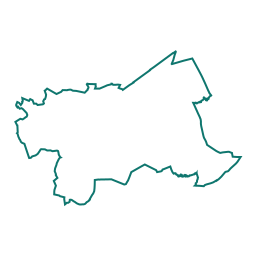 Penkules pag., Dobele, Latvia
{"feature_id": "27541924B17832608413476", "entity_name": "Penkules pag.", "entity_type": "district", "adm_level": 2, "iso_a3": "LVA", "parent_name": "Latvia", "parent_adm1": "Dobele", "projection": "orthographic", "projection_center": [23.225, 56.49], "detail": "fine", "context": "isolated", "style": "outline", "palette": "teal", "viewbox_px": 256, "rotation_deg": 0, "n_neighbors": 0, "source": "geoboundaries", "source_scale": "gbopen_adm2", "svg_char_len": 5353}
<svg xmlns="http://www.w3.org/2000/svg" viewBox="0 0 256 256"><path d="M175.6,51.5L173.1,53.2L172.9,53.1L154.7,66.5L152.6,68.0L150.8,69.2L150.0,69.8L150.1,70.1L133.3,82.3L133.5,82.6L129.3,85.2L122.8,89.9L122.3,89.2L119.7,88.4L118.6,87.9L119.3,86.6L120.1,84.9L118.0,84.6L115.4,84.8L113.1,84.8L113.0,84.7L112.0,83.7L111.5,83.7L111.5,84.0L111.3,84.3L107.2,85.3L105.7,86.0L99.6,88.6L95.0,88.6L95.8,86.4L95.6,86.1L95.6,84.1L92.8,84.1L88.9,84.0L87.3,83.7L86.8,84.3L87.0,84.8L88.2,86.5L88.5,87.7L87.6,89.2L87.7,89.7L86.6,90.7L86.6,90.8L84.7,92.7L82.4,92.2L76.2,90.9L72.9,90.7L70.9,89.7L69.4,89.7L67.5,90.0L67.2,90.2L62.6,90.1L61.2,91.8L56.5,94.0L47.1,88.6L46.5,89.1L45.9,89.9L44.7,90.7L46.1,94.7L45.8,96.8L45.1,99.0L44.1,99.4L43.5,100.8L43.2,101.2L43.9,103.5L42.9,104.3L37.6,105.0L36.3,103.7L33.9,103.7L32.6,100.3L30.2,99.1L29.0,100.9L22.3,98.1L22.8,101.0L22.1,101.7L22.4,102.7L20.8,105.0L19.6,103.4L19.2,102.9L17.3,102.0L16.2,104.7L16.2,105.1L16.2,105.5L16.6,106.3L17.4,107.4L18.0,106.7L19.7,108.7L21.6,108.2L22.9,109.1L26.6,113.0L27.3,115.0L26.8,116.4L26.6,116.7L25.5,117.3L24.3,118.3L22.6,119.4L20.3,118.8L15.4,121.9L16.8,124.7L17.2,125.7L17.4,125.7L17.7,132.0L17.7,132.4L17.0,133.2L17.5,133.6L18.0,135.2L18.3,136.5L19.2,138.4L19.2,138.5L19.5,139.2L19.8,139.5L20.0,139.7L20.9,141.8L22.0,142.8L24.4,143.8L28.9,157.3L29.0,157.3L29.2,158.0L30.3,157.9L31.0,157.7L32.2,156.4L35.6,155.4L37.7,153.9L39.5,151.3L40.7,149.4L41.3,149.2L43.7,149.3L44.8,149.3L47.2,150.5L50.5,150.4L52.5,151.2L57.0,150.6L58.0,151.0L58.2,151.5L58.6,153.4L58.7,154.3L58.9,154.9L60.1,157.0L60.6,157.4L60.2,157.5L59.6,158.0L58.7,159.3L58.3,160.1L56.8,163.2L56.4,165.0L55.1,168.4L54.7,171.2L55.8,173.8L56.0,174.9L55.8,175.1L57.4,177.9L53.8,180.9L55.9,185.7L54.5,189.7L54.3,191.2L54.2,194.4L59.2,195.5L60.0,196.2L64.4,197.3L64.2,199.0L65.0,204.4L65.4,204.1L66.7,202.8L68.1,202.8L69.6,201.8L69.8,199.8L70.4,199.7L71.3,199.8L72.0,200.1L73.5,201.2L74.8,201.9L75.6,202.5L77.1,203.5L79.3,204.4L80.7,204.5L82.7,204.3L83.8,204.3L84.8,204.0L85.6,203.4L86.6,202.2L87.0,202.0L88.0,201.4L88.5,201.0L89.4,199.9L89.6,199.7L89.7,199.8L89.9,199.5L89.7,199.2L92.1,195.0L93.2,193.5L94.2,191.2L94.5,188.4L94.7,185.0L94.8,180.0L98.4,179.5L99.7,179.6L100.5,179.5L107.3,179.4L111.4,179.3L113.1,180.0L124.2,184.5L124.3,184.5L125.9,184.1L127.3,181.6L128.0,180.6L129.3,177.4L131.3,172.1L140.1,167.1L141.7,166.2L144.8,164.5L156.2,170.2L157.1,172.1L160.7,171.4L160.9,171.4L161.8,170.9L162.6,169.5L162.9,169.5L163.1,169.4L170.3,166.5L171.3,169.5L172.2,171.5L172.6,172.3L173.5,173.5L173.8,173.7L174.2,173.4L174.7,173.2L175.1,173.2L175.6,173.3L175.8,173.6L175.9,174.1L176.1,174.4L176.4,174.6L176.8,174.6L177.0,174.9L177.4,175.0L177.6,175.3L178.0,176.0L178.4,176.5L178.6,176.5L178.9,176.3L179.0,175.9L179.5,176.3L179.9,176.2L180.4,176.1L180.6,176.0L180.7,175.8L180.3,175.5L180.2,175.3L180.3,175.0L180.8,174.9L180.9,175.0L181.0,175.3L181.2,175.2L181.3,174.7L181.6,174.7L181.9,175.0L182.1,175.5L181.9,175.7L181.8,176.1L181.8,176.4L181.9,176.5L182.2,176.5L182.5,176.3L182.6,176.1L182.5,175.9L182.8,176.1L182.9,176.3L182.9,176.5L183.0,176.6L183.9,176.1L184.3,175.7L184.6,175.6L184.5,175.3L184.5,175.2L185.1,175.3L185.2,175.0L185.6,175.1L185.6,175.3L185.6,175.5L185.8,175.4L186.0,175.2L186.1,175.3L185.9,175.7L185.5,175.9L185.4,176.2L185.3,176.3L185.4,176.5L185.8,176.3L186.4,176.2L186.6,176.4L187.3,176.0L187.6,176.5L188.0,176.5L188.2,176.4L188.4,176.2L189.0,176.2L189.2,175.9L189.7,175.7L189.7,175.4L189.9,175.3L190.2,175.4L190.9,175.4L191.3,175.1L192.0,175.0L192.8,174.7L193.4,174.5L193.6,174.3L194.2,174.4L194.6,174.0L195.1,173.9L195.0,173.6L195.0,173.4L195.4,173.3L195.7,173.4L195.7,173.2L195.9,173.0L196.2,173.1L196.2,173.6L196.3,173.7L196.6,173.2L196.6,173.3L198.0,177.7L197.7,178.2L197.7,178.9L197.5,179.5L197.1,180.3L197.0,180.9L197.0,181.7L196.8,182.2L196.3,182.8L195.7,183.3L195.9,184.6L194.9,185.6L196.0,185.7L199.3,185.8L203.8,186.2L204.8,185.1L205.5,184.8L206.6,184.4L210.6,183.3L213.1,182.4L214.7,181.5L216.6,180.3L216.7,180.6L218.0,179.7L218.9,179.0L221.4,176.6L225.2,172.1L225.7,171.8L227.8,171.3L228.3,171.0L229.5,169.7L230.2,168.8L231.7,167.4L235.9,163.6L237.3,162.0L237.8,161.3L240.6,157.0L237.2,157.0L232.7,156.7L232.0,153.3L232.0,153.0L229.0,151.8L228.0,151.8L222.7,152.4L220.3,152.9L219.9,152.8L217.6,151.7L216.3,151.0L207.1,144.9L206.2,142.1L205.5,140.5L204.1,138.0L203.7,136.9L203.4,135.8L201.2,126.0L200.9,123.9L200.9,121.2L200.6,119.2L199.9,117.6L199.9,117.4L198.1,113.6L194.2,104.9L193.2,102.8L193.4,102.8L194.1,103.4L194.5,103.5L195.0,102.8L195.1,102.7L195.9,102.7L196.0,102.8L196.2,103.2L196.5,103.4L196.9,103.4L197.5,102.8L199.0,102.4L199.1,102.0L199.5,101.8L199.8,101.9L200.0,102.3L201.0,102.1L201.1,101.2L201.3,100.8L201.6,100.6L202.5,100.3L204.1,98.8L204.1,98.6L204.1,98.4L203.7,98.0L203.7,97.9L203.7,97.6L203.9,97.4L204.3,97.6L205.0,98.3L205.3,98.9L205.9,100.2L206.5,100.4L206.9,100.5L207.1,100.4L207.2,100.2L207.2,99.8L207.4,99.4L207.5,99.2L207.2,98.5L207.4,98.4L207.8,98.4L207.9,98.5L208.0,98.9L208.2,99.1L208.5,99.0L208.6,98.8L208.5,98.6L208.4,98.4L208.5,98.0L208.9,97.6L209.4,96.8L210.1,96.1L210.7,95.3L210.9,95.3L211.1,95.5L211.2,95.4L209.4,93.1L209.3,92.7L208.1,90.3L206.2,85.9L205.1,83.4L202.3,77.3L201.1,74.9L198.2,69.4L197.1,67.4L196.2,65.7L192.3,58.5L183.6,60.7L171.9,64.1L171.7,63.9L173.3,60.0L174.7,54.8L175.8,51.8L175.6,51.5Z" fill="none" stroke="#0f766e" stroke-width="2"/></svg>